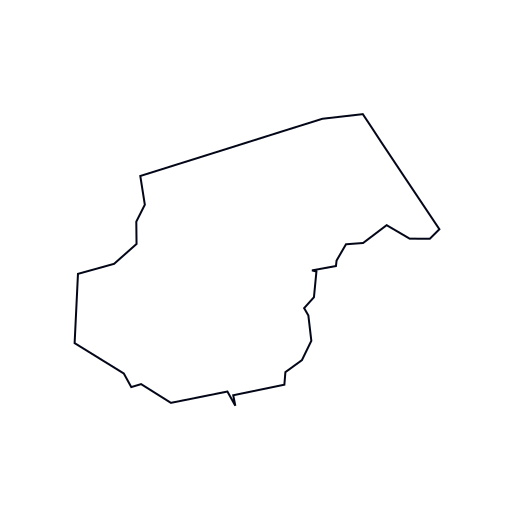 Hall, Georgia, United States of America (Equal Earth projection), rotated 211°
{"feature_id": "52423323B32051249133374", "entity_name": "Hall", "entity_type": "district", "adm_level": 2, "iso_a3": "USA", "parent_name": "United States of America", "parent_adm1": "Georgia", "projection": "equal_earth", "projection_center": [-83.865, 34.306], "detail": "fine", "context": "isolated", "style": "outline", "palette": "ink", "viewbox_px": 512, "rotation_deg": 211, "n_neighbors": 0, "source": "geoboundaries", "source_scale": "gbopen_adm2", "svg_char_len": 653}
<svg xmlns="http://www.w3.org/2000/svg" viewBox="0 0 512 512"><g transform="rotate(211 256 256)"><path d="M112.6,373.4L169.7,400.3L207.7,418.3L223.4,425.9L237.5,432.6L269.8,407.8L298.2,375.8L309.6,362.9L347.6,320.0L371.2,293.4L396.4,265.0L377.7,242.7L376.3,223.8L364.6,204.8L373.6,176.2L399.4,149.0L366.6,87.9L308.8,87.2L295.4,79.4L288.5,87.0L253.3,86.3L210.7,125.1L196.6,117.0L203.8,124.9L165.4,160.3L171.0,171.6L163.0,190.4L164.9,211.8L180.5,232.0L187.9,236.1L185.1,250.5L196.2,273.8L200.6,272.5L182.3,288.6L184.6,293.6L184.9,312.4L170.9,322.3L159.9,349.7L133.2,350.0L115.9,360.3L112.6,373.4Z" fill="none" stroke="#020617" stroke-width="2"/></g></svg>